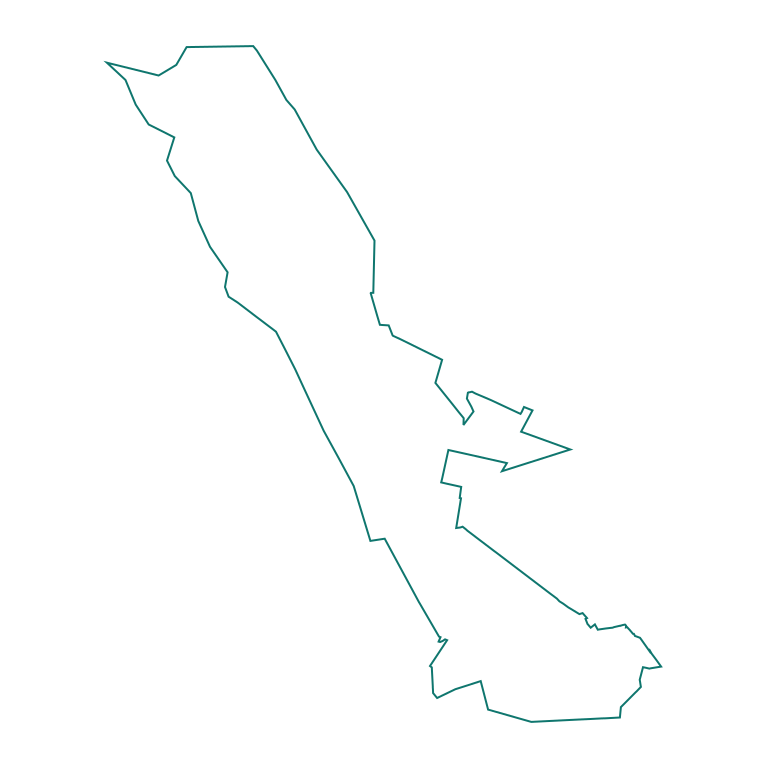 the district of Nadadores, Coahuila, Mexico
{"feature_id": "50627088B48851178167120", "entity_name": "Nadadores", "entity_type": "district", "adm_level": 2, "iso_a3": "MEX", "parent_name": "Mexico", "parent_adm1": "Coahuila", "projection": "albers", "projection_center": [-101.682, 27.231], "detail": "fine", "context": "isolated", "style": "outline", "palette": "teal", "viewbox_px": 768, "rotation_deg": 0, "n_neighbors": 0, "source": "geoboundaries", "source_scale": "gbopen_adm2", "svg_char_len": 2517}
<svg xmlns="http://www.w3.org/2000/svg" viewBox="0 0 768 768"><path d="M106.9,62.7L125.5,80.0L135.7,104.6L148.7,124.5L174.3,137.4L167.0,160.6L174.8,176.1L190.8,193.1L198.3,221.0L210.0,246.8L227.6,272.3L225.0,287.0L228.6,296.7L237.6,302.5L255.7,316.3L272.9,329.3L276.0,331.7L284.9,349.0L295.2,369.3L303.5,387.3L319.7,422.2L323.7,430.8L338.4,457.6L353.1,484.9L353.7,486.0L370.4,540.9L374.3,540.3L384.7,538.7L419.1,602.4L419.5,603.0L439.0,636.6L440.5,637.2L438.6,641.6L440.1,642.0L442.6,641.0L444.1,640.0L444.9,639.4L445.2,639.4L447.1,640.2L430.0,666.0L431.8,667.4L432.8,686.6L432.8,687.9L432.9,688.7L433.1,693.1L437.1,698.0L455.4,689.2L463.6,686.6L480.7,681.1L488.1,709.6L531.3,721.9L577.4,719.6L590.5,719.0L601.8,718.4L605.4,718.3L619.9,717.5L620.9,707.1L635.7,692.2L636.5,691.5L640.9,686.9L640.8,686.5L639.9,680.7L639.7,679.9L640.0,678.7L642.9,667.6L643.0,667.2L646.0,667.8L649.4,668.6L650.7,668.3L661.1,666.6L656.3,659.9L651.6,653.6L650.0,650.8L649.8,651.6L641.4,639.7L640.0,637.8L636.0,636.3L635.0,636.0L633.9,633.9L633.3,633.9L633.1,633.9L632.7,633.5L632.2,632.9L631.7,632.3L631.3,631.8L630.8,631.2L630.2,630.6L629.8,630.0L629.3,629.5L628.7,628.9L628.2,628.3L627.7,627.8L627.3,627.3L627.1,627.1L625.9,627.4L626.1,625.7L625.1,624.6L624.8,624.6L622.5,625.1L620.3,625.8L620.2,625.7L614.1,627.1L612.6,627.7L609.7,628.0L605.6,628.5L599.4,629.4L597.8,629.7L594.9,624.4L590.7,627.7L588.0,624.5L587.5,624.0L586.9,622.4L585.5,618.9L587.0,618.1L582.6,613.1L579.4,614.1L570.7,608.8L568.3,607.4L563.1,603.6L559.4,601.3L556.8,598.5L556.5,598.3L549.8,593.3L495.5,552.0L495.3,551.8L494.9,551.6L467.4,530.7L465.9,529.3L462.6,526.7L461.2,527.2L460.1,527.5L458.6,527.7L457.7,527.8L456.2,528.0L460.9,498.9L461.0,498.3L459.7,498.0L461.2,486.9L455.4,485.6L446.3,483.6L441.2,482.4L442.3,477.9L448.4,450.0L463.3,453.3L503.4,462.3L503.5,462.3L506.9,463.1L504.9,466.4L504.7,466.7L504.6,466.8L502.0,471.2L570.3,449.5L521.1,431.7L532.5,410.4L524.0,407.0L521.7,412.0L520.5,413.9L490.5,399.9L475.4,393.5L472.0,391.7L470.9,392.0L470.4,392.1L469.5,392.3L468.8,392.3L467.9,392.7L466.9,398.6L471.3,406.6L473.5,411.5L463.9,424.4L463.5,424.2L463.7,418.2L463.0,417.3L458.9,412.3L455.5,408.0L452.8,404.6L435.4,382.9L442.1,359.8L400.6,339.3L393.0,335.8L392.6,335.4L388.7,325.4L382.2,325.0L379.9,324.8L377.4,316.4L370.7,293.2L370.9,292.9L373.3,292.8L374.5,240.6L347.1,192.1L316.7,149.6L294.7,109.5L286.4,100.0L275.3,79.9L256.9,50.6L253.2,46.1L192.6,47.0L186.6,47.1L176.3,64.9L158.6,75.5L106.9,62.7Z" fill="none" stroke="#0f766e" stroke-width="2"/></svg>